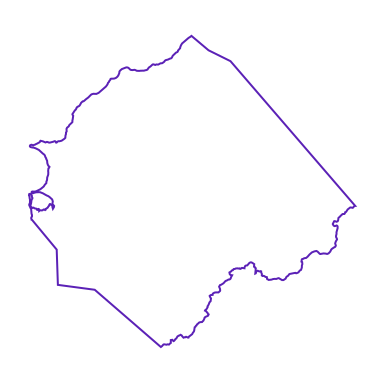 Rigo District, Central, Papua New Guinea, rotated 92°
{"feature_id": "67681753B71555956304677", "entity_name": "Rigo District", "entity_type": "district", "adm_level": 2, "iso_a3": "PNG", "parent_name": "Papua New Guinea", "parent_adm1": "Central", "projection": "albers", "projection_center": [147.903, -9.673], "detail": "fine", "context": "isolated", "style": "outline", "palette": "violet", "viewbox_px": 384, "rotation_deg": 92, "n_neighbors": 0, "source": "geoboundaries", "source_scale": "gbopen_adm2", "svg_char_len": 6006}
<svg xmlns="http://www.w3.org/2000/svg" viewBox="0 0 384 384"><g transform="rotate(92 192 192)"><path d="M348.0,217.7L347.0,216.5L345.5,215.3L345.2,214.6L345.5,212.1L345.1,211.1L345.3,209.7L344.3,208.8L343.6,207.9L340.7,208.0L340.4,206.5L341.7,205.3L341.6,205.0L340.7,204.1L339.9,203.7L339.3,203.2L339.0,202.6L336.9,201.5L336.0,200.2L335.8,199.5L335.1,198.4L335.8,197.2L336.5,196.8L337.9,195.4L337.4,194.3L337.5,193.8L336.9,192.9L337.7,190.8L337.6,190.4L336.9,190.3L334.1,186.9L332.8,186.3L331.4,185.3L330.5,185.0L327.1,184.6L326.6,183.9L325.7,183.5L325.2,182.8L324.3,182.5L323.1,181.1L322.4,180.6L321.8,179.3L321.6,177.4L320.8,176.8L320.3,176.2L317.8,175.1L317.3,175.1L316.4,174.3L315.2,171.8L314.3,171.3L313.7,171.1L313.2,171.9L312.3,172.2L310.4,174.1L310.1,174.9L309.8,174.8L308.8,173.6L306.7,172.4L305.7,172.5L305.1,172.0L303.3,171.2L301.7,170.7L300.5,169.6L297.6,169.3L297.0,169.9L295.4,170.7L295.1,170.7L294.3,169.5L294.1,167.8L293.3,167.8L292.8,167.6L291.8,166.1L291.5,164.6L291.4,162.0L289.9,160.5L289.4,160.4L287.9,160.6L285.7,161.6L284.1,160.8L283.7,159.7L282.3,157.6L281.6,156.9L280.1,155.7L279.6,155.1L279.4,154.4L278.2,152.5L278.1,151.4L277.6,150.7L277.0,150.3L276.0,150.1L273.8,149.0L273.6,150.6L272.8,151.4L271.1,151.8L269.9,150.0L269.3,149.7L268.7,148.9L268.7,148.5L268.3,148.1L267.6,147.7L267.4,146.5L266.9,145.5L266.7,143.9L266.9,143.1L266.7,142.3L266.7,141.8L267.1,141.5L267.1,140.7L266.5,140.1L266.1,139.4L266.4,136.9L265.6,136.9L264.0,136.2L263.6,135.5L263.4,134.2L260.8,132.1L260.4,131.3L260.2,130.6L260.5,129.6L261.9,127.3L264.5,127.4L264.9,126.5L266.2,125.9L266.2,125.6L271.3,125.9L271.1,125.5L270.3,125.1L269.3,125.2L268.9,124.8L268.4,123.6L269.1,121.9L268.7,120.6L268.9,120.1L269.8,120.1L271.5,119.3L273.0,119.3L273.5,118.5L273.3,117.4L273.7,116.4L274.3,115.7L274.5,114.2L276.2,114.0L276.6,113.6L276.8,112.8L277.2,112.3L276.8,109.5L276.2,108.0L275.9,106.2L276.0,104.9L275.1,102.7L275.1,102.2L276.9,98.9L276.8,97.5L275.3,95.4L274.0,94.9L273.4,94.5L272.2,92.9L270.9,92.1L270.5,91.5L269.3,86.5L269.2,85.7L269.5,85.3L269.5,84.6L268.6,82.8L266.8,81.6L266.0,80.3L263.7,79.6L261.6,79.6L260.2,79.2L259.3,79.3L258.1,79.5L257.8,80.2L255.6,79.9L255.2,79.6L254.9,78.5L254.3,77.6L253.9,75.6L252.6,74.2L250.4,72.4L248.2,70.1L247.1,67.7L246.6,65.6L247.2,64.4L249.3,62.2L249.5,61.6L248.8,58.4L248.9,56.3L249.2,54.8L248.6,53.4L246.8,51.8L244.6,50.8L243.8,50.0L242.5,48.2L241.8,47.0L241.3,46.7L240.6,46.4L240.1,46.5L238.5,47.1L237.9,47.0L236.3,46.5L234.3,45.4L233.5,45.6L232.3,46.3L231.7,46.5L230.7,46.5L228.9,46.1L227.2,46.2L223.0,45.2L221.3,45.3L220.7,45.7L220.4,46.3L221.0,47.7L221.1,48.5L220.5,49.4L219.1,50.2L218.3,49.9L217.5,49.4L216.4,49.1L216.1,48.3L216.7,46.5L216.2,45.4L214.9,44.9L213.1,44.8L212.6,44.6L211.7,43.5L210.8,42.8L208.8,40.8L208.6,38.9L207.5,38.3L206.9,38.2L206.8,37.7L206.3,37.2L204.0,35.8L202.0,33.4L201.9,32.7L202.2,30.8L200.3,29.1L200.2,28.4L59.9,158.1L49.8,180.4L36.0,198.0L36.9,199.0L38.1,200.8L43.9,207.1L45.9,208.2L48.1,208.9L48.7,208.9L51.1,210.9L52.1,211.1L52.6,211.5L53.3,212.9L56.5,216.0L58.4,216.8L59.1,217.5L59.6,219.0L60.4,220.4L61.2,223.0L61.9,223.8L62.8,224.3L64.2,226.1L64.4,226.6L64.5,228.0L65.8,230.1L65.8,232.2L66.3,233.0L66.1,234.1L65.8,234.6L65.8,235.4L66.1,236.0L68.1,238.0L68.8,239.1L69.6,239.8L71.2,240.8L71.7,241.7L72.0,243.0L72.4,244.2L72.6,247.8L72.8,248.7L72.8,251.3L72.0,253.2L71.9,253.8L72.2,255.5L72.2,257.0L71.9,257.9L70.1,259.9L69.7,261.4L69.9,262.4L71.6,266.4L73.2,268.1L74.1,268.7L76.1,268.9L76.9,269.3L78.1,269.7L79.5,270.7L80.7,272.1L81.2,273.3L81.4,273.9L81.6,276.8L81.8,277.3L82.8,277.6L83.9,278.5L84.8,278.8L86.0,279.8L87.4,280.2L89.6,281.7L96.2,288.8L97.3,291.0L97.3,294.0L97.9,295.8L98.4,296.4L101.2,299.0L102.9,301.1L104.6,302.9L105.2,303.7L105.2,304.4L106.7,305.9L108.8,306.9L109.8,307.6L110.5,308.6L110.7,309.2L111.3,309.9L112.3,310.5L112.7,310.5L113.9,311.2L114.5,311.9L118.3,314.2L118.8,314.2L119.9,313.4L123.8,313.8L124.4,314.0L126.3,314.0L126.9,314.5L129.3,316.9L130.7,317.5L132.1,319.1L133.3,319.6L135.9,319.4L136.9,320.0L138.6,320.0L139.9,320.4L142.3,320.5L143.3,321.4L145.3,324.1L145.9,326.2L145.9,327.1L146.3,328.1L147.3,329.0L147.4,329.5L147.0,329.8L146.6,329.8L146.0,330.7L146.0,331.1L146.6,332.4L147.6,335.8L147.6,336.7L147.2,337.8L147.0,338.7L147.6,340.2L146.6,342.7L146.1,345.2L146.5,345.5L146.9,345.5L147.8,346.3L148.2,347.2L148.8,348.0L149.4,349.3L150.2,350.6L150.4,351.5L150.8,352.0L150.8,352.9L150.4,353.7L150.4,354.3L151.0,355.4L151.5,355.6L152.0,355.6L152.7,355.0L153.1,353.1L153.1,352.1L153.8,349.8L155.3,346.5L158.8,342.4L159.7,341.1L160.5,340.4L162.5,339.6L163.4,338.9L163.9,338.9L165.8,337.9L168.2,337.6L169.9,337.0L171.1,336.2L171.9,335.3L173.1,335.9L173.4,336.3L176.1,336.5L177.2,336.3L179.7,336.3L182.5,337.2L185.1,337.3L186.8,337.9L188.2,337.9L189.8,339.3L191.7,340.4L194.5,343.6L196.7,347.7L197.1,349.4L197.1,351.7L197.5,352.2L198.3,352.3L198.8,351.8L198.8,350.9L197.9,348.7L197.9,348.2L197.7,347.8L197.5,343.9L198.5,341.0L200.5,337.2L201.1,335.6L201.9,334.3L204.3,331.5L206.2,330.8L208.9,331.1L210.4,329.6L210.8,329.3L212.0,329.5L213.6,330.4L211.8,331.0L210.8,331.0L210.1,331.7L209.9,332.1L209.0,333.2L209.0,333.6L209.6,334.1L210.6,334.3L211.7,335.2L212.4,335.5L212.9,335.9L213.0,336.2L213.7,336.9L214.0,337.7L214.4,338.0L214.9,337.8L215.2,338.2L214.7,339.0L214.7,339.8L215.5,340.7L215.7,342.2L215.5,343.1L215.7,343.5L216.3,344.1L215.0,344.3L214.3,344.6L214.3,345.0L214.6,345.4L215.3,345.9L215.3,346.1L215.0,346.4L214.3,346.6L214.1,347.0L213.8,348.9L213.2,349.7L213.2,350.5L213.5,351.0L213.3,351.4L212.6,352.2L211.2,353.1L209.4,352.5L207.9,352.3L206.3,352.2L204.8,351.8L204.2,351.3L203.4,351.3L202.6,351.8L201.3,351.9L200.7,352.3L199.6,353.9L199.6,354.5L199.9,354.7L201.2,354.8L202.2,354.2L203.6,354.1L205.1,353.7L206.6,353.6L208.7,353.6L210.0,354.2L210.8,354.2L213.9,352.7L214.4,352.3L215.2,352.1L219.3,351.6L220.6,351.1L222.2,351.1L223.0,351.7L223.8,351.8L224.6,351.5L225.2,351.4L225.2,351.1L254.3,325.2L289.5,322.8L293.1,285.8L348.0,217.7Z" fill="none" stroke="#5b21b6" stroke-width="2"/></g></svg>